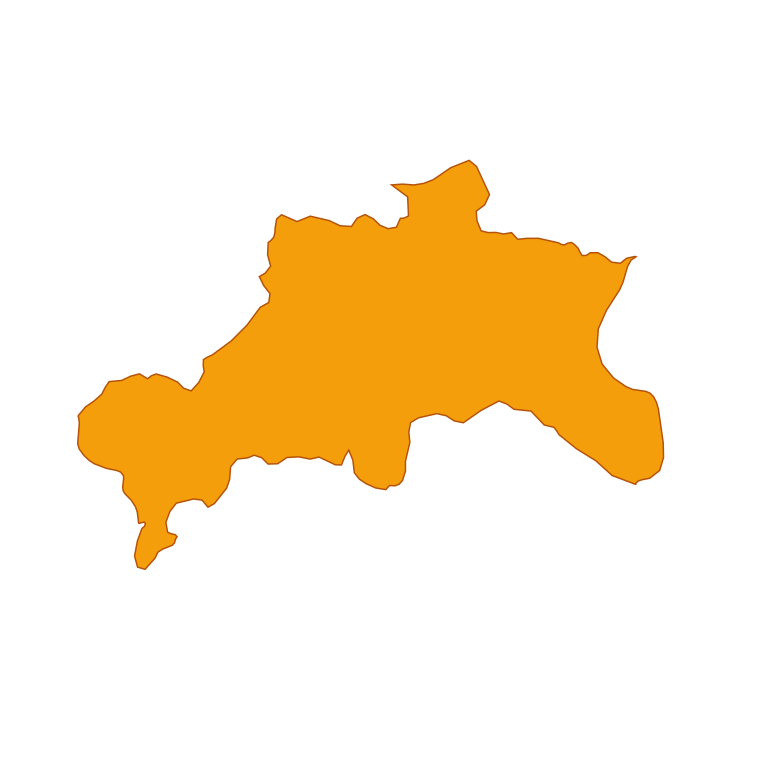 SVG path tracing the border of Saravan, rotated 194°
{"feature_id": "LAO-3281", "entity_name": "Saravan", "entity_type": "Province", "adm_level": 1, "iso_a3": "LAO", "parent_name": "Laos", "parent_adm1": "", "projection": "natural_earth1", "projection_center": [106.351, 15.91], "detail": "fine", "context": "isolated", "style": "filled", "palette": "amber", "viewbox_px": 768, "rotation_deg": 194, "n_neighbors": 0, "source": "natural_earth", "source_scale": "10m", "svg_char_len": 2796}
<svg xmlns="http://www.w3.org/2000/svg" viewBox="0 0 768 768"><g transform="rotate(194 384 384)"><path d="M128.0,440.2L123.4,439.4L119.3,436.8L115.2,432.1L111.7,426.1L98.9,394.6L95.0,380.3L95.6,366.8L103.4,356.8L110.2,353.7L113.7,351.5L115.6,348.7L115.4,347.6L115.6,347.5L140.5,350.4L159.9,360.8L181.5,367.7L202.0,377.2L205.2,380.4L208.6,383.1L218.6,383.0L234.8,393.3L251.8,390.9L259.9,394.3L268.4,395.3L283.5,381.8L297.6,365.6L306.9,365.2L316.1,368.3L325.6,368.0L342.4,359.5L348.9,353.0L348.3,343.3L344.8,333.7L344.5,314.1L342.1,304.7L342.7,294.9L345.0,290.5L348.6,287.9L354.1,286.8L355.5,284.3L356.6,282.0L366.8,281.1L377.1,282.9L384.8,285.7L391.3,290.7L395.8,302.6L402.2,311.3L404.4,304.3L405.7,295.2L411.6,293.8L429.3,297.4L437.5,293.3L449.1,292.7L460.4,289.2L467.9,280.9L477.1,278.3L484.8,282.9L492.7,283.5L498.5,279.3L508.4,275.6L512.8,266.6L510.7,254.0L511.5,244.8L519.6,227.0L525.0,221.9L532.4,227.3L540.9,226.4L556.7,218.1L560.9,208.6L562.2,197.1L558.1,187.9L554.2,187.2L550.0,187.3L547.8,185.7L548.1,185.4L548.8,182.5L548.8,179.5L550.3,176.4L559.1,170.0L562.7,166.1L564.0,159.7L571.0,146.4L578.8,146.7L584.4,156.7L585.3,172.1L584.0,184.8L583.6,185.8L582.5,187.1L581.8,188.7L581.8,190.9L583.1,192.0L585.2,191.1L587.3,189.8L588.4,189.6L592.4,200.0L595.4,204.7L601.0,210.0L609.0,215.0L611.1,217.1L612.6,220.8L613.8,229.4L614.6,232.0L618.1,234.8L622.3,235.4L633.4,235.0L646.1,236.6L650.8,238.3L651.7,238.6L657.7,242.0L664.0,247.2L666.8,252.1L670.2,272.6L672.2,277.5L673.0,278.8L672.8,279.8L668.0,289.7L661.4,297.1L655.4,305.8L653.7,313.2L651.3,319.8L639.4,324.0L631.7,330.3L623.7,334.7L614.7,331.9L611.8,335.6L607.5,338.6L595.9,338.2L584.7,335.9L577.5,331.4L569.4,330.7L564.1,340.7L561.4,352.3L563.8,358.0L565.1,364.0L561.8,367.4L557.7,370.6L542.6,388.9L531.2,407.9L522.6,428.6L515.5,435.2L516.5,444.1L524.5,450.4L531.0,458.1L526.1,462.8L522.5,471.0L528.2,481.2L530.6,493.3L528.7,495.5L526.5,499.7L526.5,504.6L527.4,509.4L528.1,518.2L524.4,523.4L507.7,520.6L496.1,529.0L476.8,529.3L464.8,526.9L453.7,529.0L450.2,538.4L443.4,543.8L434.3,541.7L426.2,537.0L417.5,535.7L409.9,539.1L408.2,548.7L404.5,549.9L400.9,553.0L406.3,571.3L424.8,579.0L414.5,582.4L403.0,584.4L394.1,588.2L385.7,594.1L371.5,610.1L355.5,621.6L346.8,617.4L327.5,593.4L329.6,582.3L336.3,574.0L333.2,564.7L326.8,556.1L319.6,556.1L312.2,558.1L304.3,558.5L296.9,561.7L289.2,556.8L280.5,559.9L269.5,562.7L248.9,563.2L246.0,562.4L242.7,562.5L239.7,565.2L236.1,566.7L232.2,565.0L228.5,562.7L225.7,559.3L222.8,556.6L218.8,557.7L215.7,561.2L208.1,563.1L200.5,561.0L192.7,557.3L183.9,558.3L179.0,564.7L171.3,568.5L170.2,568.4L174.2,564.0L176.1,557.1L176.7,540.9L178.1,532.6L186.1,508.9L189.4,489.2L186.2,471.1L177.1,456.0L162.6,445.3L148.6,440.0L141.4,438.9L128.0,440.2Z" fill="#f59e0b" stroke="#b45309" stroke-width="1.5"/></g></svg>